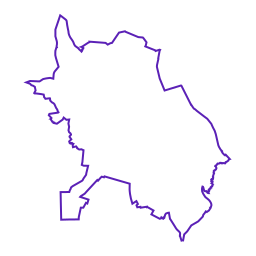 Hamilton City, Waikato, New Zealand (Robinson projection)
{"feature_id": "76426892B9049934298416", "entity_name": "Hamilton City", "entity_type": "district", "adm_level": 2, "iso_a3": "NZL", "parent_name": "New Zealand", "parent_adm1": "Waikato", "projection": "robinson", "projection_center": [175.284, -37.773], "detail": "fine", "context": "isolated", "style": "outline", "palette": "violet", "viewbox_px": 256, "rotation_deg": 0, "n_neighbors": 0, "source": "geoboundaries", "source_scale": "gbopen_adm2", "svg_char_len": 5545}
<svg xmlns="http://www.w3.org/2000/svg" viewBox="0 0 256 256"><path d="M60.8,202.1L61.2,219.7L68.4,219.5L78.7,219.4L78.8,217.0L80.8,207.7L83.3,207.7L86.0,202.8L87.3,203.5L88.5,199.6L80.2,196.9L80.8,196.2L84.4,193.9L85.0,193.4L86.1,192.1L97.3,180.0L98.0,180.7L100.3,178.1L100.8,177.5L101.1,177.3L101.7,176.7L104.0,177.3L104.5,176.4L129.7,183.7L129.6,188.3L129.6,189.7L129.7,191.1L130.0,193.8L130.3,195.4L130.9,198.5L132.4,203.7L136.4,201.1L137.9,204.0L136.5,205.3L137.3,207.3L140.4,206.8L140.6,207.7L147.0,206.7L147.0,207.2L147.5,207.1L153.5,210.5L151.4,214.4L159.8,218.8L160.8,218.4L161.3,217.4L162.2,218.3L163.2,218.7L163.5,218.1L163.3,218.0L163.4,217.7L163.8,217.9L164.1,217.2L164.4,217.4L165.2,214.6L165.9,213.6L167.6,212.9L168.9,212.7L170.0,218.9L170.2,219.2L170.3,219.2L174.4,225.7L174.9,226.5L175.8,228.0L176.8,229.4L179.3,231.8L179.9,232.6L180.1,233.6L180.0,235.7L179.9,235.7L179.9,235.8L180.0,235.8L180.0,236.0L181.5,240.6L182.5,240.3L183.1,240.4L184.2,234.4L187.2,231.4L191.3,225.4L198.2,221.4L202.8,216.6L203.3,214.8L204.7,213.1L205.8,211.4L206.8,212.0L207.0,211.8L208.2,211.0L208.8,210.6L209.1,210.3L209.5,209.5L210.3,208.4L210.5,208.0L210.4,207.8L210.6,207.8L210.9,207.0L211.4,205.4L211.4,204.7L211.2,203.7L210.8,202.7L210.4,202.0L209.7,200.9L209.3,200.5L209.2,200.3L209.1,200.2L208.0,199.2L206.0,197.6L205.3,197.0L204.9,196.4L203.3,193.9L202.5,192.2L202.2,191.5L202.1,190.7L202.0,189.0L202.1,188.2L202.2,187.6L202.5,186.6L202.8,186.7L203.0,186.8L203.4,187.8L203.6,188.3L203.6,189.0L203.7,189.3L204.0,189.9L204.4,190.9L204.8,191.1L205.4,191.3L206.2,191.1L206.8,191.1L206.9,191.3L207.0,192.0L207.2,192.5L207.9,193.0L208.3,193.1L208.5,193.1L208.3,192.8L208.3,192.6L208.5,192.3L208.5,191.8L208.6,191.7L209.0,191.5L209.1,191.3L209.0,190.8L209.2,190.5L209.0,190.3L208.9,190.1L209.4,189.9L209.5,189.7L209.3,189.3L209.2,189.2L209.6,188.8L210.3,188.7L210.5,188.6L210.5,188.3L210.4,188.2L210.5,187.7L211.0,187.6L210.8,187.2L211.1,186.8L212.0,186.5L212.2,186.3L212.3,186.1L212.2,185.6L212.5,185.2L212.5,184.9L212.8,184.7L212.5,184.4L212.6,184.1L212.5,183.9L212.1,183.5L211.6,183.2L212.2,182.8L212.2,182.5L212.5,182.1L212.6,181.8L212.6,181.6L212.0,181.7L211.7,181.3L211.3,181.1L211.4,180.9L211.7,180.3L211.6,180.1L211.3,179.9L211.2,179.7L211.6,179.1L212.0,179.2L212.6,179.2L213.0,179.0L213.1,178.3L213.1,177.9L213.0,177.7L213.2,177.3L213.2,177.1L212.9,176.8L212.9,176.3L213.2,175.9L213.2,175.6L213.3,175.2L213.5,174.6L213.7,174.3L213.7,174.0L214.0,173.5L214.1,173.3L214.1,173.2L213.7,173.0L213.6,172.8L213.6,172.3L213.8,171.9L213.8,171.3L213.9,171.1L213.8,170.9L214.0,170.6L214.8,170.5L214.9,170.4L215.0,170.0L215.2,169.9L215.4,169.6L215.8,169.5L215.9,169.3L216.0,169.3L216.4,168.4L216.3,167.6L216.0,167.2L215.9,166.6L215.2,166.2L215.3,165.8L215.4,165.7L216.0,165.7L216.3,165.4L216.4,165.1L216.9,164.7L217.1,164.4L217.3,163.8L217.6,163.5L217.9,163.5L218.4,163.7L218.7,163.6L219.1,163.5L219.5,163.4L219.8,163.0L220.3,162.8L220.6,162.9L221.2,163.3L221.3,163.3L221.3,163.2L221.1,162.9L221.3,162.9L221.7,163.0L222.3,163.3L222.6,163.3L222.9,163.0L223.1,163.0L223.5,163.1L224.0,163.1L224.6,163.3L225.1,163.4L225.4,163.1L225.4,162.6L225.6,162.2L225.9,162.0L226.6,161.9L227.1,161.4L227.7,161.1L228.1,160.7L228.4,160.5L228.5,160.1L228.9,159.5L229.0,159.3L229.2,159.1L229.7,159.0L225.7,154.7L225.0,155.3L224.3,154.8L222.6,153.0L221.7,151.4L222.0,151.1L220.6,149.6L219.0,146.9L218.3,145.2L218.1,144.3L215.8,134.2L214.7,130.8L213.1,127.8L211.8,125.0L211.5,124.2L211.2,123.7L207.3,118.8L206.5,118.2L204.2,116.5L196.9,110.9L195.1,109.3L194.0,108.7L193.1,107.6L191.0,104.4L190.9,104.5L181.4,85.7L181.0,85.5L164.6,90.5L159.7,78.5L156.9,66.8L157.0,65.1L158.4,58.8L158.2,58.5L159.6,50.8L160.1,49.9L159.6,49.7L155.6,51.0L155.4,50.4L145.3,46.4L145.8,45.4L146.5,42.3L143.5,38.2L142.8,37.5L138.3,37.1L125.6,31.8L125.3,31.6L125.0,31.3L119.0,32.6L112.0,42.9L110.4,43.2L107.7,44.6L105.6,42.9L89.9,41.7L90.0,41.9L88.2,42.7L82.4,46.5L81.4,46.9L82.4,47.2L82.7,47.4L83.4,48.0L83.3,48.3L83.2,48.6L82.9,48.6L82.7,48.5L82.6,48.9L82.1,49.5L82.2,50.0L82.3,50.2L82.2,50.5L81.9,51.1L81.5,51.6L80.8,50.8L79.3,49.5L78.2,48.2L77.3,47.5L75.5,46.2L74.9,45.6L74.1,44.2L73.4,42.3L72.6,40.8L70.2,37.3L69.3,35.4L68.9,34.3L68.6,33.1L68.4,31.2L68.0,29.4L67.2,25.2L66.7,21.4L66.5,20.6L66.2,20.1L65.2,19.2L63.0,17.5L61.2,16.1L60.2,15.4L55.4,29.6L55.4,36.3L56.8,41.3L57.0,42.9L56.9,44.6L56.6,46.3L56.9,47.3L56.4,47.5L55.4,50.7L55.3,52.5L55.3,55.2L56.0,58.2L58.6,66.8L54.6,71.6L54.0,72.9L53.7,74.0L53.3,78.7L50.2,77.9L49.1,78.0L46.2,78.4L43.4,79.0L42.9,79.2L39.9,81.2L39.4,81.4L30.0,81.0L26.3,82.4L30.1,83.8L31.4,85.2L32.8,85.6L34.8,86.8L35.6,90.4L34.2,93.1L34.5,93.4L36.6,93.5L41.2,94.1L43.7,94.6L44.2,97.3L44.7,97.7L45.4,98.8L49.5,98.3L50.0,98.4L50.2,100.5L50.4,100.8L52.0,102.4L52.4,102.6L53.6,103.3L54.5,104.3L56.1,107.9L57.2,109.5L58.1,112.1L58.4,112.3L58.1,112.6L49.4,113.9L48.8,115.2L51.4,118.0L50.8,118.6L51.1,118.6L51.0,119.7L52.3,121.7L52.6,121.6L53.0,122.2L54.0,122.5L53.8,123.0L56.9,123.7L62.7,119.6L63.7,117.6L66.4,119.8L69.2,119.5L68.4,123.5L69.1,126.8L68.5,130.3L69.1,132.2L70.4,133.3L71.0,134.4L71.0,134.7L69.6,136.3L69.5,136.8L71.3,139.3L69.2,141.4L69.7,143.1L70.3,143.5L70.8,143.0L71.9,142.9L72.3,143.2L72.2,143.8L73.3,143.9L72.8,145.0L72.7,145.7L73.0,147.2L76.1,146.4L77.3,147.9L77.2,148.3L79.2,149.5L81.6,149.3L82.2,149.7L83.5,150.2L82.4,162.1L81.9,164.3L81.8,164.9L83.7,165.7L88.1,165.8L86.3,173.3L86.1,174.8L83.5,178.5L82.7,180.1L82.0,180.8L72.6,186.2L71.1,187.4L70.4,189.4L69.9,190.1L69.3,192.0L60.6,192.1L60.8,202.1Z" fill="none" stroke="#5b21b6" stroke-width="2"/></svg>